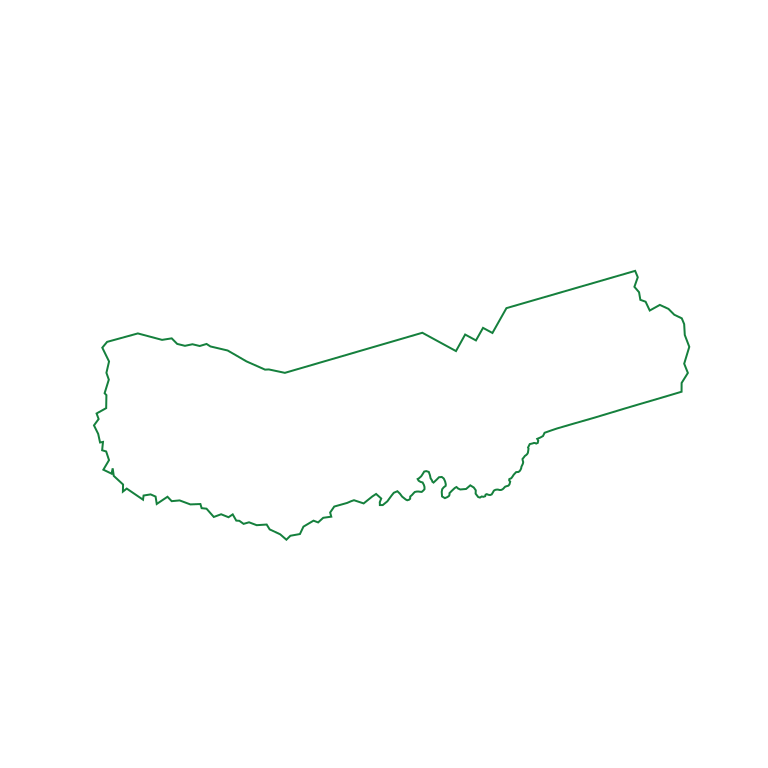 Madera, California, United States of America, rotated 29°
{"feature_id": "52423323B41205581888996", "entity_name": "Madera", "entity_type": "district", "adm_level": 2, "iso_a3": "USA", "parent_name": "United States of America", "parent_adm1": "California", "projection": "albers", "projection_center": [-119.643, 37.271], "detail": "fine", "context": "isolated", "style": "outline", "palette": "green", "viewbox_px": 768, "rotation_deg": 29, "n_neighbors": 0, "source": "geoboundaries", "source_scale": "gbopen_adm2", "svg_char_len": 3057}
<svg xmlns="http://www.w3.org/2000/svg" viewBox="0 0 768 768"><g transform="rotate(29 384 384)"><path d="M548.8,163.3L454.3,258.3L454.1,286.8L443.4,286.9L443.3,301.3L431.0,301.4L431.0,320.3L392.7,320.6L291.9,422.3L276.2,427.1L273.0,429.1L252.8,430.9L231.0,430.5L214.0,435.3L209.4,435.0L204.4,440.1L197.2,442.1L191.4,447.1L183.7,449.2L176.2,447.0L168.5,453.0L144.2,459.1L121.4,481.4L120.0,488.8L132.6,497.6L135.8,508.8L141.2,513.6L144.1,527.5L146.6,528.3L152.7,539.8L146.9,549.1L151.4,553.0L150.4,560.8L158.2,566.2L164.0,572.8L166.3,570.9L169.6,578.6L173.7,577.7L180.4,583.9L180.1,595.0L189.2,594.5L187.6,589.3L192.2,595.4L204.5,598.4L207.8,604.7L209.7,600.2L229.3,602.0L227.8,598.1L233.4,593.7L238.8,593.2L243.4,599.1L249.3,587.6L255.1,589.4L261.7,584.9L273.0,583.2L281.6,578.0L284.7,581.0L289.2,579.1L299.6,582.8L304.7,576.9L312.6,575.9L314.9,571.4L321.0,575.1L323.8,573.8L329.0,574.4L333.0,570.4L341.1,569.2L349.5,563.8L354.5,566.6L366.1,565.8L374.1,567.5L375.7,562.1L383.2,556.0L382.7,547.8L388.6,537.7L393.5,537.0L395.7,530.5L402.2,525.6L399.2,522.5L399.9,515.3L409.4,505.9L412.1,502.4L414.1,500.2L424.1,498.3L428.3,488.0L430.4,484.0L437.1,485.5L437.6,489.4L439.1,491.9L441.6,490.5L443.8,485.0L444.7,477.9L445.3,474.4L447.7,471.3L451.1,472.2L454.4,473.7L459.2,474.5L460.7,474.4L462.0,473.1L462.5,471.7L461.5,469.7L462.4,467.2L462.8,465.2L463.3,463.5L464.9,462.1L466.3,461.3L467.7,460.8L469.3,460.1L470.1,457.9L470.4,456.3L469.3,454.4L467.9,453.0L465.5,451.4L463.4,451.9L461.2,451.8L459.5,450.8L460.3,449.5L461.3,446.6L461.5,443.8L461.6,441.1L463.2,439.7L465.8,439.2L468.4,441.5L470.5,443.9L472.8,445.1L473.7,446.0L475.1,446.2L475.4,445.3L476.4,442.2L477.3,438.9L479.6,437.3L482.1,437.7L484.7,439.6L486.7,441.8L487.3,443.2L486.3,445.5L485.9,447.8L486.8,450.4L489.3,454.2L492.6,454.3L494.3,452.1L495.1,450.3L495.0,449.2L494.2,447.7L495.1,444.5L496.3,440.7L497.3,439.0L498.5,439.2L499.3,439.5L501.8,439.3L506.7,436.0L508.6,430.8L512.7,431.0L515.8,432.5L517.3,435.5L521.2,437.2L523.0,436.8L524.0,435.0L525.6,434.5L526.9,433.1L526.5,431.5L527.3,430.5L529.0,430.3L530.6,429.7L531.7,428.4L531.8,426.3L531.8,424.0L532.7,422.6L533.8,421.7L534.8,421.1L536.4,420.7L537.8,419.9L538.7,418.7L539.2,417.4L539.4,416.3L539.8,415.0L540.9,413.8L542.1,412.6L542.4,411.0L541.7,408.2L540.3,407.7L539.7,406.5L540.0,406.0L541.0,404.7L541.3,402.5L541.4,400.6L541.7,399.3L542.3,397.0L544.3,395.7L545.0,393.8L544.9,391.4L544.3,389.7L544.2,387.8L544.1,386.4L543.6,384.8L542.1,383.3L541.5,382.4L541.9,380.2L542.1,378.6L542.8,377.2L543.2,375.8L543.2,374.4L542.4,372.2L541.7,370.4L540.8,369.8L540.6,365.9L542.8,363.9L543.8,362.8L544.9,362.4L546.0,362.3L547.0,361.0L546.4,358.8L544.6,357.7L546.7,355.0L548.3,352.4L548.1,348.8L552.8,343.5L556.9,339.0L569.4,326.4L584.6,311.2L605.4,289.8L616.4,278.6L638.9,255.8L648.0,246.5L643.8,238.8L644.4,227.0L636.7,220.7L633.0,203.5L623.3,195.3L617.5,186.1L612.6,182.2L604.3,182.7L596.4,180.4L586.9,181.1L580.8,190.9L572.9,185.2L567.4,186.1L562.6,180.1L555.9,177.6L554.2,167.6L548.8,163.3Z" fill="none" stroke="#15803d" stroke-width="2"/></g></svg>